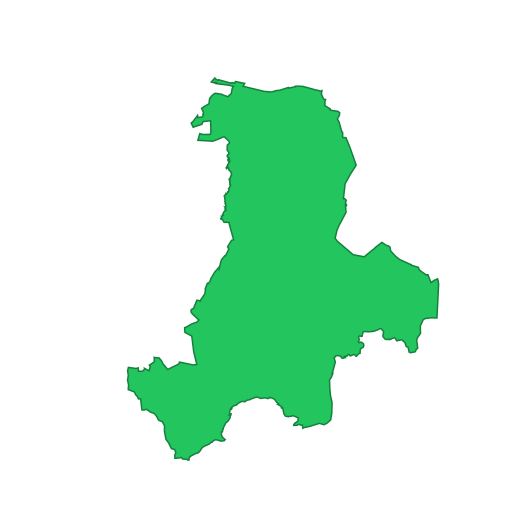 Lūznavas pag., Rezeknes, Latvia, rotated 71°
{"feature_id": "27541924B86453491485354", "entity_name": "Lūznavas pag.", "entity_type": "district", "adm_level": 2, "iso_a3": "LVA", "parent_name": "Latvia", "parent_adm1": "Rezeknes", "projection": "albers", "projection_center": [27.295, 56.354], "detail": "fine", "context": "isolated", "style": "filled", "palette": "green", "viewbox_px": 512, "rotation_deg": 71, "n_neighbors": 0, "source": "geoboundaries", "source_scale": "gbopen_adm2", "svg_char_len": 6121}
<svg xmlns="http://www.w3.org/2000/svg" viewBox="0 0 512 512"><g transform="rotate(71 256 256)"><path d="M434.1,267.8L433.9,266.6L434.6,260.7L434.9,250.5L437.7,246.6L437.1,243.0L435.3,238.8L429.2,235.5L419.3,231.8L412.3,231.0L405.8,229.5L397.1,226.8L395.2,224.2L392.0,221.6L391.8,222.1L382.1,215.5L377.6,215.3L377.6,214.6L376.5,213.2L376.7,211.3L378.1,208.8L380.5,208.0L381.1,207.1L380.9,206.0L381.1,204.9L380.1,205.5L379.5,205.2L380.3,203.8L380.0,203.1L380.2,202.3L379.5,201.6L379.3,200.4L381.1,199.5L381.2,198.1L380.8,196.5L381.1,195.7L381.8,194.6L383.5,194.0L383.4,193.4L381.8,190.7L381.9,189.3L378.2,187.8L377.6,186.6L377.2,184.3L375.8,183.2L374.0,182.9L371.9,184.3L371.5,185.2L371.6,186.6L370.9,187.1L370.3,187.2L369.7,186.2L368.1,185.5L366.1,185.4L365.4,184.6L365.4,183.8L366.4,182.5L366.5,181.9L362.8,179.6L362.7,178.4L363.1,177.1L364.2,174.6L365.2,170.9L365.5,168.8L365.5,165.4L365.1,162.3L365.6,161.3L368.9,159.9L372.9,162.1L374.1,162.1L376.7,160.9L377.6,159.5L378.0,157.3L378.5,157.2L378.4,155.8L378.6,155.0L378.2,154.0L378.4,151.8L379.0,151.1L382.0,150.6L382.3,150.0L381.9,149.0L382.4,147.9L382.5,146.1L382.8,145.4L386.3,143.4L390.6,143.4L391.8,141.9L396.6,142.5L397.8,141.4L398.4,136.6L396.3,134.7L396.0,133.3L395.7,133.1L387.4,131.3L385.6,129.6L382.8,125.7L375.5,123.3L370.8,118.8L370.2,116.8L370.5,115.1L371.4,110.7L373.5,105.1L342.1,92.5L339.1,91.9L336.7,91.7L337.0,95.4L338.1,99.2L329.7,99.5L329.1,101.4L323.5,105.4L321.6,106.3L319.6,106.1L315.2,112.3L314.8,112.1L306.1,121.3L301.9,124.0L295.1,127.0L291.2,126.4L289.5,127.6L288.2,129.5L284.1,132.5L286.9,140.7L287.4,141.3L288.7,145.3L292.0,153.9L286.4,163.7L268.7,174.2L265.0,175.4L258.1,171.1L254.4,167.8L244.0,156.6L237.5,155.0L237.9,154.8L237.9,154.1L237.3,153.8L234.6,154.1L232.7,152.5L230.6,153.5L230.3,154.7L216.7,148.2L209.3,140.0L202.7,131.7L185.4,131.8L173.4,132.4L172.3,135.1L171.6,135.3L167.7,133.9L165.6,134.4L156.5,133.8L152.8,134.4L150.2,131.4L147.8,130.2L145.9,131.4L142.3,138.3L141.2,137.9L136.1,142.0L134.2,141.0L133.0,141.0L130.8,139.3L129.4,141.0L124.3,141.5L121.1,139.8L121.0,141.8L119.8,142.9L118.8,144.9L110.9,156.4L108.8,161.7L108.3,163.6L108.8,163.7L107.9,170.5L107.2,170.5L107.0,179.8L106.2,182.6L106.0,187.9L103.0,194.7L91.3,213.0L89.1,210.5L84.3,218.7L85.7,219.9L84.3,222.0L84.0,224.0L77.1,234.1L77.5,234.6L76.3,236.0L74.3,237.0L76.9,241.6L79.2,238.4L78.5,238.0L79.7,236.6L80.2,237.2L85.7,226.0L88.3,222.2L89.7,223.9L94.4,226.5L95.3,228.9L96.3,230.5L93.2,234.6L92.0,235.6L89.2,240.9L88.9,241.8L89.0,242.8L89.9,245.2L91.9,248.5L96.8,251.0L97.7,255.9L98.7,259.4L102.9,258.9L104.8,259.6L104.7,260.1L106.4,260.4L107.1,261.4L106.1,265.9L104.1,265.5L108.1,271.4L109.2,274.0L113.8,273.5L113.8,264.2L111.7,262.4L113.3,254.9L124.3,258.3L126.1,259.8L123.8,266.7L122.0,269.3L127.7,273.3L133.4,259.4L133.3,254.4L132.7,247.4L138.4,244.3L140.0,244.2L140.8,244.6L141.5,246.6L142.4,247.3L146.5,248.8L149.5,247.9L150.6,248.6L151.2,250.0L151.8,250.6L153.0,250.8L154.0,249.6L155.1,250.7L155.2,249.8L156.1,249.8L156.3,251.1L156.8,251.5L158.0,249.8L158.5,250.4L158.6,251.2L160.1,252.3L160.4,253.1L161.7,253.3L161.8,254.4L162.7,255.4L163.8,255.5L163.3,254.0L163.9,253.3L165.6,253.7L168.9,252.1L169.5,252.5L170.8,252.4L171.5,253.3L172.4,253.3L172.7,254.2L174.0,255.2L174.3,256.0L175.1,255.9L175.2,256.5L176.2,256.0L177.1,256.8L178.0,256.6L178.3,257.0L180.3,257.5L180.7,257.0L182.6,258.7L183.6,260.2L184.5,259.9L185.9,260.8L186.1,261.8L186.6,261.7L187.0,262.3L186.9,262.7L187.6,263.3L187.8,263.9L187.3,264.2L188.0,264.5L187.9,264.9L189.0,266.6L190.8,266.3L191.7,267.0L192.9,266.9L194.5,267.8L195.7,267.4L196.2,268.1L199.8,268.2L199.4,268.4L200.0,268.9L199.6,269.5L200.8,269.2L200.8,269.6L201.4,270.0L201.8,269.6L203.1,269.7L202.8,270.2L204.3,272.7L205.6,273.4L206.1,274.2L206.8,273.8L207.3,275.3L207.1,275.8L209.1,276.2L209.0,277.1L209.8,277.1L210.9,275.7L213.4,275.4L213.8,275.0L215.6,269.9L215.7,270.8L233.4,271.9L233.2,274.0L238.0,279.9L240.7,279.5L245.8,284.7L245.5,285.3L248.1,289.6L249.6,290.9L256.2,295.1L254.8,295.1L257.8,300.3L263.0,306.4L264.8,307.5L266.4,310.0L265.9,310.8L270.5,314.7L271.3,314.8L275.0,316.6L279.6,322.7L280.4,323.2L278.5,326.3L285.2,332.1L285.5,334.4L286.1,335.1L288.0,335.6L290.1,335.0L297.9,330.9L299.0,332.7L299.3,334.1L299.3,338.9L300.5,345.0L300.5,346.8L305.1,348.1L310.8,342.8L326.4,346.1L339.2,347.3L338.7,350.6L331.4,362.9L333.0,364.1L334.5,376.4L327.8,379.0L324.1,379.5L320.9,380.8L318.7,385.3L322.9,386.5L324.5,392.4L326.3,392.0L329.7,394.6L325.9,398.0L326.7,398.1L328.0,401.0L326.7,404.6L323.4,403.8L323.3,406.0L319.8,412.9L322.7,414.8L327.3,415.6L331.6,417.9L336.2,418.4L340.7,420.3L345.0,415.2L347.8,415.0L351.0,413.7L352.7,413.8L353.1,413.2L353.5,411.6L364.4,414.0L365.2,412.0L365.3,409.4L369.3,406.6L371.2,404.1L372.3,403.2L374.6,402.3L379.6,401.5L381.9,398.9L381.9,398.5L386.8,397.8L392.0,399.7L400.1,400.8L404.3,399.5L410.6,398.7L411.9,396.8L411.8,396.5L412.6,396.0L415.7,395.8L417.9,397.6L420.9,398.6L422.1,393.7L422.0,392.4L424.2,391.3L425.5,387.9L426.9,386.8L427.0,385.6L425.5,385.2L424.6,384.5L424.3,383.4L424.0,383.4L423.1,377.0L423.3,374.5L421.9,372.0L420.1,370.0L419.1,367.4L418.6,361.5L417.7,359.4L417.8,358.2L416.9,356.6L416.6,355.1L416.6,354.0L417.2,352.7L419.6,349.5L420.3,346.2L419.5,344.9L417.4,346.3L414.5,347.0L411.1,346.0L411.3,344.9L409.5,344.2L409.1,343.3L408.2,343.2L404.1,339.0L403.0,336.2L400.7,333.3L398.1,331.9L398.1,331.4L397.3,331.0L397.5,333.0L396.8,332.3L393.7,331.1L392.4,330.0L393.0,329.4L392.4,328.5L391.4,328.6L391.3,327.9L391.7,327.4L391.1,327.8L390.5,326.5L390.5,322.8L389.5,320.9L389.0,318.6L389.0,316.1L390.2,314.1L389.5,312.0L389.5,310.4L389.9,308.6L389.6,307.5L389.5,302.3L389.7,301.0L390.3,299.8L391.4,299.1L392.3,297.7L392.8,294.5L393.5,292.8L394.4,291.8L394.8,290.1L394.1,289.1L396.5,286.0L397.9,285.0L400.4,284.3L403.1,282.9L403.3,283.9L406.1,281.3L408.1,281.4L408.0,280.2L414.5,281.0L417.0,280.3L418.6,277.6L418.5,276.3L419.0,275.3L419.0,273.5L419.4,272.5L422.8,268.7L425.5,270.0L426.3,271.8L426.7,273.8L428.0,275.4L428.5,275.5L429.5,272.2L429.0,270.8L429.2,269.9L430.1,269.3L430.9,267.2L434.1,267.8Z" fill="#22c55e" stroke="#15803d" stroke-width="1.5"/></g></svg>